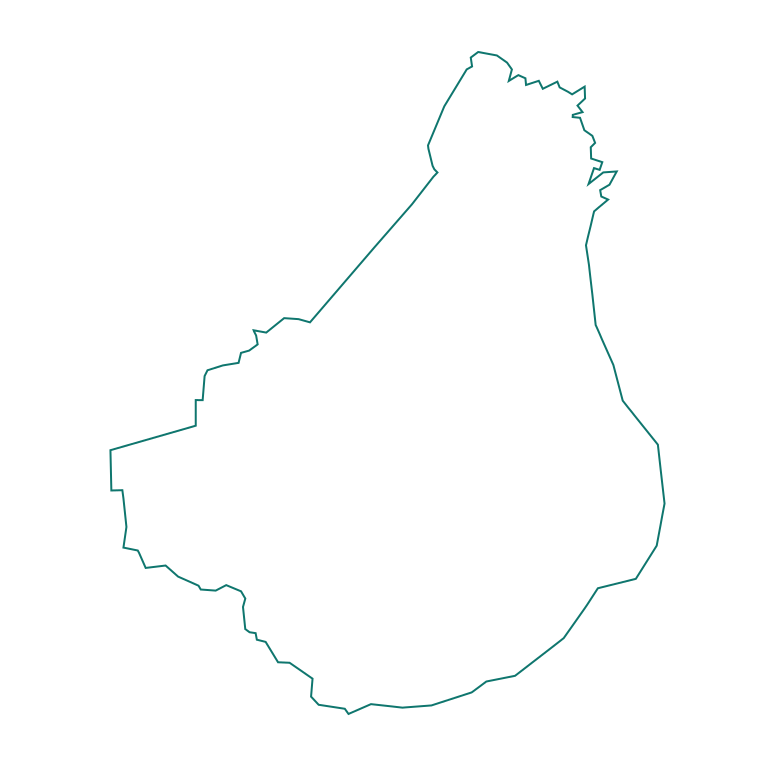 Aguadilla, Puerto Rico, rotated 178°
{"feature_id": "32010507B44125592347050", "entity_name": "Aguadilla", "entity_type": "district", "adm_level": 2, "iso_a3": "PRI", "parent_name": "Puerto Rico", "parent_adm1": "", "projection": "albers", "projection_center": [-67.126, 18.45], "detail": "fine", "context": "isolated", "style": "outline", "palette": "teal", "viewbox_px": 768, "rotation_deg": 178, "n_neighbors": 0, "source": "geoboundaries", "source_scale": "gbopen_adm2", "svg_char_len": 1914}
<svg xmlns="http://www.w3.org/2000/svg" viewBox="0 0 768 768"><g transform="rotate(178 384 384)"><path d="M431.0,55.5L408.2,64.5L386.8,61.4L376.8,59.9L375.1,60.0L347.8,61.1L334.2,65.0L307.2,72.7L306.1,73.4L292.1,83.1L263.2,87.8L221.3,117.9L216.2,121.6L214.6,122.8L213.3,123.7L203.5,136.6L191.3,152.7L188.8,156.1L177.4,172.4L139.1,180.5L117.1,212.9L112.6,233.1L110.6,242.3L107.8,254.7L110.4,287.6L112.4,313.8L135.0,344.1L137.1,347.0L140.8,351.9L146.0,359.0L154.1,395.0L164.8,421.5L166.4,425.7L169.0,432.2L169.9,434.4L170.4,435.5L172.7,466.9L173.2,472.9L174.1,484.0L174.7,491.7L175.0,495.8L177.3,515.6L176.8,517.4L175.1,523.7L172.0,534.6L168.7,546.8L168.0,549.2L163.1,553.1L154.1,560.1L153.6,560.5L160.3,563.8L161.2,570.2L151.7,575.3L144.0,588.3L157.5,587.8L172.6,576.7L166.6,592.4L161.0,590.5L158.1,598.1L169.1,602.1L169.1,613.4L164.6,617.6L167.1,624.7L174.9,630.6L178.8,643.2L186.1,644.2L185.9,646.4L176.1,648.8L180.9,655.5L173.1,662.3L173.1,674.2L185.9,666.9L189.9,669.6L198.1,674.3L200.2,680.1L215.0,673.5L218.7,681.6L231.6,677.9L232.0,684.6L239.0,688.0L248.7,682.5L245.2,693.9L249.8,700.9L259.7,708.4L278.3,712.5L285.9,707.2L284.9,698.3L290.4,695.5L290.5,695.3L314.0,659.5L314.8,657.8L331.7,620.9L331.4,617.6L327.9,600.7L327.8,600.3L326.2,596.8L323.2,593.5L327.4,589.4L349.8,562.6L389.0,520.7L455.8,448.2L467.1,451.8L481.5,453.3L499.9,439.5L512.4,442.2L512.1,441.2L510.1,436.9L508.9,428.0L517.6,422.1L525.8,420.1L528.6,410.2L544.4,408.2L559.9,403.9L563.0,398.2L565.8,374.2L572.7,374.5L573.6,348.9L659.7,327.4L660.2,287.1L649.2,287.0L648.4,278.8L646.4,250.1L650.1,229.6L635.9,226.2L634.7,223.8L628.6,208.5L608.6,210.2L596.5,198.7L576.4,188.9L574.3,185.0L559.4,183.4L548.7,188.5L534.1,181.8L530.1,174.4L532.7,166.1L531.2,143.9L527.0,140.6L521.0,139.5L520.0,132.9L511.3,130.4L499.6,109.6L488.1,108.7L465.7,92.0L467.8,74.1L460.5,65.7L434.5,60.8L431.0,55.5Z" fill="none" stroke="#0f766e" stroke-width="2"/></g></svg>